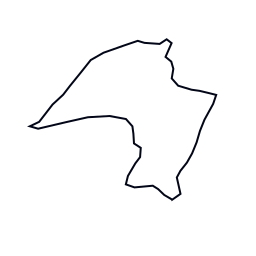 Lilla Edet, Västra Götaland, Sweden (Equal Earth projection), rotated 164°
{"feature_id": "70781695B92226486656888", "entity_name": "Lilla Edet", "entity_type": "district", "adm_level": 2, "iso_a3": "SWE", "parent_name": "Sweden", "parent_adm1": "Västra Götaland", "projection": "equal_earth", "projection_center": [12.169, 58.174], "detail": "fine", "context": "isolated", "style": "outline", "palette": "ink", "viewbox_px": 256, "rotation_deg": 164, "n_neighbors": 0, "source": "geoboundaries", "source_scale": "gbopen_adm2", "svg_char_len": 750}
<svg xmlns="http://www.w3.org/2000/svg" viewBox="0 0 256 256"><g transform="rotate(164 128 128)"><path d="M94.6,209.1L109.1,208.4L130.8,207.1L145.1,203.6L158.0,194.4L172.3,184.4L181.1,177.9L194.0,171.4L211.7,158.4L221.9,156.7L214.6,152.1L185.9,150.7L163.6,149.4L142.4,144.6L127.5,137.2L123.3,128.4L124.4,121.0L126.5,111.5L121.2,105.4L124.4,96.7L130.7,92.0L141.3,81.9L145.6,74.4L138.1,69.1L120.1,65.7L115.9,61.0L111.6,53.6L105.3,47.0L105.3,46.9L95.7,50.2L94.7,67.0L89.4,72.4L80.9,78.5L73.4,85.9L66.0,95.3L59.6,105.4L52.2,114.9L39.5,127.7L34.1,135.5L40.5,139.2L49.0,144.0L56.4,147.3L68.1,154.8L72.3,163.6L68.1,172.4L68.1,179.9L72.3,186.0L62.7,197.6L66.4,202.6L74.4,200.1L88.7,205.3L94.6,209.1Z" fill="none" stroke="#020617" stroke-width="2"/></g></svg>